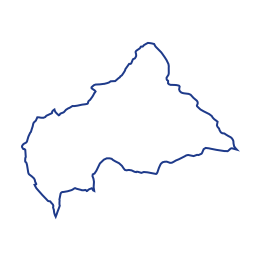 outline of Central African Republic, rotated 356°
{"feature_id": "CAF", "entity_name": "Central African Republic", "entity_type": "country or territory", "adm_level": 0, "iso_a3": "CAF", "parent_name": "Africa", "parent_adm1": "", "projection": "natural_earth1", "projection_center": [20.084, 6.633], "detail": "fine", "context": "isolated", "style": "outline", "palette": "blue", "viewbox_px": 256, "rotation_deg": 356, "n_neighbors": 0, "source": "natural_earth", "source_scale": "50m", "svg_char_len": 3794}
<svg xmlns="http://www.w3.org/2000/svg" viewBox="0 0 256 256"><g transform="rotate(356 128 128)"><path d="M181.2,89.1L181.9,89.4L182.4,90.2L181.7,93.0L182.2,94.8L183.6,96.3L184.9,96.9L186.3,97.3L190.9,98.2L192.8,99.2L195.4,102.5L198.6,105.6L199.3,107.1L199.2,108.6L198.3,110.3L198.4,111.1L199.9,112.8L201.6,114.6L204.6,116.6L210.0,119.8L212.4,121.9L213.2,123.5L214.6,125.2L216.5,126.8L217.8,128.0L216.9,131.4L217.2,132.6L217.7,133.5L218.8,134.9L219.2,136.6L220.3,138.8L221.7,139.8L223.8,140.2L225.0,141.2L227.4,142.9L229.8,144.4L230.8,145.4L231.4,146.4L231.9,147.4L232.2,148.5L232.2,150.8L232.6,153.7L233.9,155.7L235.1,157.2L230.3,155.5L229.6,155.5L228.8,155.8L226.3,157.8L225.5,158.1L224.6,157.9L222.4,157.7L214.8,156.0L208.9,154.4L207.2,153.9L204.1,153.3L202.0,154.4L200.1,158.1L199.5,158.8L196.5,159.9L195.0,159.6L191.5,160.6L186.1,159.1L184.2,159.4L182.6,160.2L178.8,161.8L176.4,162.8L173.6,163.7L171.0,165.0L169.3,165.7L167.5,165.7L166.0,165.0L164.3,164.3L162.3,164.2L160.1,164.6L158.3,166.0L157.6,167.1L156.1,169.9L154.2,174.4L153.5,175.4L153.3,175.4L152.8,175.8L144.4,173.6L140.7,173.0L138.2,173.7L135.1,172.5L133.8,172.2L133.1,172.6L131.4,172.1L128.6,170.5L125.9,169.9L123.5,170.1L122.0,169.6L120.9,168.1L119.3,165.3L116.6,162.5L112.9,160.3L110.6,158.7L109.6,157.6L107.6,157.0L104.6,156.8L101.7,157.9L97.5,161.4L93.5,168.4L91.4,171.1L89.6,171.8L89.2,173.5L90.0,176.2L90.3,179.3L89.6,184.6L89.9,188.4L88.9,187.8L88.0,186.0L87.6,185.6L85.0,186.4L83.7,187.2L83.0,187.9L82.4,188.0L81.6,187.0L81.0,186.8L80.0,187.0L78.9,187.0L78.3,186.9L77.8,186.9L76.6,186.4L72.1,184.9L71.4,184.4L70.5,184.4L68.2,185.7L67.0,186.1L63.3,186.9L59.4,187.3L57.9,187.3L56.8,187.9L56.2,188.7L55.7,190.5L54.9,193.5L54.6,194.4L54.7,195.6L54.4,197.7L54.3,199.5L54.5,200.8L53.4,203.3L52.0,206.3L50.9,208.9L49.7,211.5L49.0,209.7L48.5,207.6L48.3,205.2L48.4,204.6L48.1,203.8L48.1,203.7L47.7,201.9L48.1,200.6L47.8,199.3L46.9,198.0L46.0,197.0L45.6,196.1L45.2,195.7L44.2,195.6L43.0,195.1L41.4,193.1L39.8,191.2L37.8,188.8L36.2,186.7L34.2,184.1L32.4,181.7L31.3,179.4L30.8,178.1L31.3,178.0L32.1,177.9L32.5,177.7L32.5,177.1L31.7,175.3L31.3,173.0L30.6,171.6L28.5,169.4L26.5,167.7L25.8,166.9L25.4,165.7L24.7,158.0L24.3,155.9L23.7,154.9L23.2,154.5L23.1,153.9L23.2,152.6L23.4,151.3L23.4,150.9L24.0,149.8L24.0,142.7L23.7,142.4L23.3,141.8L22.8,141.8L22.1,141.7L21.5,140.7L20.9,139.4L21.1,138.5L21.7,137.7L22.3,137.0L23.0,136.5L25.4,135.4L26.0,134.8L26.4,134.1L26.7,133.2L28.1,129.5L30.1,125.9L30.9,125.1L31.8,122.7L33.0,119.8L33.4,118.4L33.8,117.1L34.4,116.0L36.6,114.2L38.3,111.0L40.1,111.2L42.0,111.7L44.3,111.9L46.2,111.3L47.4,110.1L50.0,109.1L53.1,107.9L53.6,106.2L54.5,105.3L55.5,104.6L55.9,104.4L56.0,105.0L56.6,106.8L57.9,108.5L59.8,110.5L60.4,110.3L61.6,108.9L64.6,108.0L65.3,107.6L67.4,105.5L70.0,104.1L70.6,104.0L71.5,103.6L74.1,102.2L75.9,102.4L78.9,102.2L83.8,101.5L87.4,101.3L89.2,101.0L89.6,100.7L90.3,98.7L90.9,98.1L92.2,97.2L94.8,94.1L96.5,91.5L97.0,90.6L97.4,90.4L98.2,89.3L97.4,88.2L94.5,85.9L94.5,85.6L94.4,85.2L94.5,84.8L95.6,83.9L97.2,82.8L98.8,82.4L103.0,82.5L106.5,82.3L107.4,82.3L110.2,81.8L112.1,81.3L114.0,80.2L118.5,80.3L122.2,77.5L123.2,77.0L123.7,76.5L123.8,76.1L125.6,75.0L127.5,72.6L129.0,70.5L129.5,69.1L133.6,64.1L135.1,64.2L135.8,63.6L137.5,60.2L138.0,59.6L138.8,59.4L139.7,59.0L140.5,58.0L141.2,56.6L141.2,54.7L140.9,53.3L140.9,52.6L141.3,51.9L142.0,51.3L145.1,49.5L146.0,48.6L146.4,47.8L147.3,47.7L148.3,47.8L148.9,47.3L149.6,46.5L151.8,45.4L153.8,44.5L156.0,44.9L157.7,45.3L159.2,45.8L159.9,46.0L161.0,48.4L161.6,49.2L166.4,54.8L167.3,56.2L169.7,60.2L171.2,63.0L172.8,67.0L173.0,69.1L172.8,71.0L172.5,76.2L172.1,77.7L170.0,80.5L169.9,81.8L170.3,82.9L170.9,83.3L171.3,83.8L171.1,86.3L171.9,87.2L173.4,87.9L177.4,88.3L179.5,88.6L181.2,89.1Z" fill="none" stroke="#1e3a8a" stroke-width="2"/></g></svg>